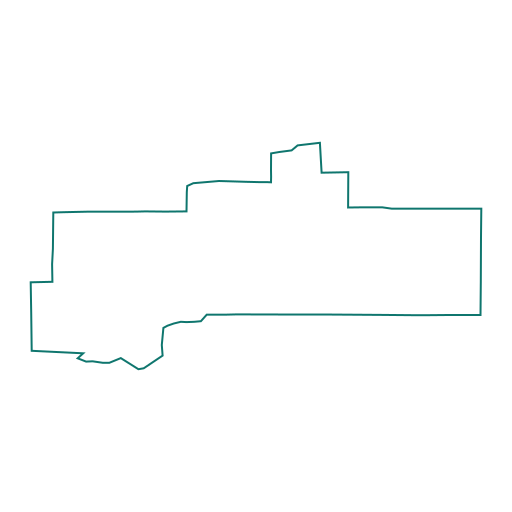 the district of Carlos Barbosa, Rio Grande do Sul, Brazil
{"feature_id": "56859067B11809989426200", "entity_name": "Carlos Barbosa", "entity_type": "district", "adm_level": 2, "iso_a3": "BRA", "parent_name": "Brazil", "parent_adm1": "Rio Grande do Sul", "projection": "mercator", "projection_center": [-51.517, -29.318], "detail": "fine", "context": "isolated", "style": "outline", "palette": "teal", "viewbox_px": 512, "rotation_deg": 0, "n_neighbors": 0, "source": "geoboundaries", "source_scale": "gbopen_adm2", "svg_char_len": 1013}
<svg xmlns="http://www.w3.org/2000/svg" viewBox="0 0 512 512"><path d="M480.8,282.3L481.0,236.8L481.3,208.7L439.8,208.7L430.4,208.7L392.0,208.7L382.1,207.3L364.2,207.3L348.1,207.5L348.3,172.2L321.6,172.7L319.9,142.8L297.6,145.4L291.6,150.4L279.3,152.0L271.1,153.4L271.0,170.3L271.1,176.8L271.0,182.3L266.5,182.1L258.3,182.1L245.8,181.8L232.8,181.4L219.0,181.0L193.3,183.2L187.2,186.0L186.8,192.1L186.5,211.4L165.4,211.6L145.1,211.4L136.9,211.6L127.6,211.7L113.9,211.7L98.2,211.7L86.5,211.7L63.7,212.2L53.3,212.5L52.9,248.9L52.1,264.2L52.4,281.8L30.7,282.3L31.2,312.5L31.7,350.8L83.2,353.3L77.7,358.3L86.1,361.6L92.6,361.3L102.8,362.8L109.3,362.8L120.8,358.1L138.4,369.2L143.7,368.3L162.6,355.6L161.8,345.0L163.4,327.9L167.5,325.7L173.8,323.5L180.8,321.8L186.5,322.1L194.3,321.8L200.9,321.2L206.7,314.7L214.7,314.7L224.3,314.7L236.4,314.4L278.0,314.5L284.8,314.5L321.7,314.5L352.3,314.7L381.4,314.9L414.6,315.2L426.6,315.2L448.1,315.0L480.5,315.0L480.8,282.3Z" fill="none" stroke="#0f766e" stroke-width="2"/></svg>